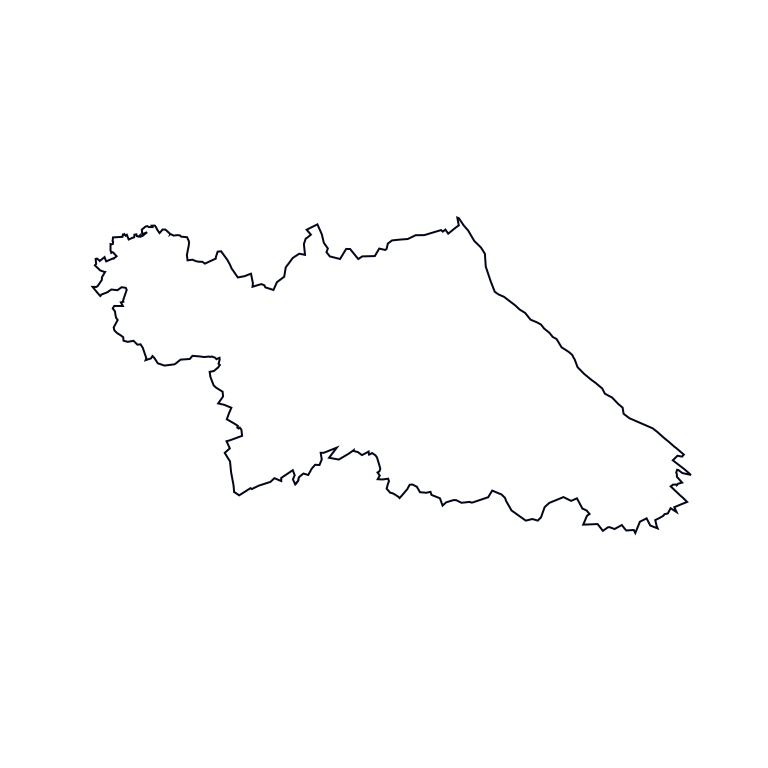 the district of Central Karoo, Western Cape, South Africa, rotated 230°
{"feature_id": "47623444B66747201173997", "entity_name": "Central Karoo", "entity_type": "district", "adm_level": 2, "iso_a3": "ZAF", "parent_name": "South Africa", "parent_adm1": "Western Cape", "projection": "equal_earth", "projection_center": [22.176, -32.556], "detail": "fine", "context": "isolated", "style": "outline", "palette": "ink", "viewbox_px": 768, "rotation_deg": 230, "n_neighbors": 0, "source": "geoboundaries", "source_scale": "gbopen_adm2", "svg_char_len": 6030}
<svg xmlns="http://www.w3.org/2000/svg" viewBox="0 0 768 768"><g transform="rotate(230 384 384)"><path d="M660.7,238.8L653.5,239.6L652.2,240.3L649.3,242.1L649.1,242.3L647.0,236.4L645.1,234.8L643.1,227.7L643.2,226.1L645.7,223.2L638.0,223.1L633.7,223.2L633.7,223.4L634.2,224.8L632.0,231.4L632.1,231.5L631.6,235.9L627.2,240.1L626.8,245.2L623.7,248.0L621.5,247.4L615.7,237.8L614.5,237.2L615.7,234.9L611.6,234.1L617.2,227.5L616.3,224.8L612.6,224.6L610.0,223.0L607.2,221.4L604.2,221.1L601.1,213.3L598.3,211.9L594.5,212.3L590.5,213.6L587.5,214.3L584.6,212.3L581.0,214.8L578.1,219.9L572.6,220.4L570.9,223.0L566.9,222.5L556.5,218.5L555.5,216.7L553.4,221.9L554.2,224.6L551.3,224.8L545.3,224.0L539.2,227.7L533.9,235.9L533.6,236.9L533.4,243.9L528.8,250.2L528.0,251.3L528.7,255.4L523.2,260.9L520.3,263.5L517.5,267.6L516.5,268.2L515.7,269.8L512.7,271.5L510.7,271.6L509.8,274.8L508.3,273.8L505.9,270.3L504.1,270.5L503.3,267.6L503.3,262.0L505.4,258.3L501.3,255.7L496.8,254.1L492.4,252.6L489.2,253.0L481.8,255.4L477.9,252.7L475.7,244.5L470.8,248.2L463.9,251.8L461.1,246.2L458.0,240.9L449.6,244.0L446.0,245.1L445.8,245.1L445.4,244.7L445.2,243.9L445.0,243.7L444.6,244.1L444.4,244.1L444.0,243.9L443.7,243.8L443.4,244.0L443.1,244.7L443.2,245.5L440.7,245.4L435.5,242.0L437.9,235.3L440.0,229.5L441.4,226.6L433.8,224.5L433.6,217.7L424.6,216.4L423.7,216.3L414.8,210.2L403.6,203.9L402.5,203.2L397.5,199.7L397.0,200.0L391.8,201.5L390.0,214.8L388.5,215.2L386.7,222.5L384.4,228.2L382.0,234.1L382.3,239.5L375.7,242.9L378.1,244.9L376.6,258.7L371.6,257.0L369.4,252.9L364.1,251.4L364.1,251.8L364.1,252.2L364.1,252.4L364.2,252.8L364.2,253.1L364.5,253.7L364.6,254.0L364.8,253.9L364.8,254.1L364.9,254.5L364.7,255.0L364.8,255.4L365.1,255.9L365.1,256.1L365.3,256.1L365.5,256.3L365.6,256.6L365.8,257.0L365.9,257.3L366.0,257.4L366.3,257.6L366.7,257.9L366.9,258.4L367.1,258.6L367.2,258.8L367.1,259.2L367.3,259.8L367.3,260.1L367.3,260.3L367.2,264.7L363.0,267.5L365.6,274.2L366.4,279.3L363.4,282.5L366.2,287.8L372.0,291.3L370.0,293.7L365.6,306.9L362.8,294.5L355.2,300.8L353.3,312.2L352.8,318.2L352.3,317.6L348.7,320.2L343.7,321.4L342.1,328.8L339.6,327.1L339.2,327.8L338.8,330.5L334.9,331.6L332.2,331.4L323.6,327.7L321.5,326.7L320.0,324.4L320.4,322.2L317.1,321.9L316.6,321.9L315.1,318.0L313.3,319.9L311.6,321.8L310.6,323.4L308.8,326.3L306.3,325.3L305.1,323.0L302.1,318.7L296.7,318.9L294.9,320.3L292.7,321.2L288.4,322.5L286.6,322.6L287.2,326.7L288.5,334.3L290.3,338.9L288.7,341.2L284.2,343.1L281.3,342.6L278.0,342.0L273.5,346.5L271.5,350.3L268.5,349.1L260.5,353.4L253.2,350.7L253.4,355.5L250.4,362.6L248.7,364.6L243.2,367.0L238.5,374.0L237.1,374.6L236.3,375.7L230.3,391.0L232.8,398.4L226.5,401.6L223.9,403.0L219.0,403.5L215.7,402.3L205.1,400.4L188.2,404.8L185.2,410.9L180.5,414.0L180.9,418.5L182.9,421.9L186.4,427.9L186.7,434.1L182.0,448.8L174.2,452.2L172.4,458.3L160.9,455.9L160.8,456.1L156.9,457.9L152.3,457.9L152.6,454.8L148.2,446.2L139.4,457.6L130.8,457.3L130.3,463.4L129.3,464.8L124.7,467.4L123.7,472.4L123.1,475.5L118.9,475.4L116.1,475.4L111.6,481.5L108.3,480.7L114.0,491.5L113.4,494.1L112.3,498.8L104.4,497.0L97.5,500.8L99.8,501.5L105.4,504.3L104.2,509.2L103.5,513.3L104.0,515.1L102.4,518.2L104.6,523.7L97.9,525.8L103.0,527.2L100.9,534.0L98.8,540.4L104.4,539.9L108.1,539.3L121.3,537.8L121.1,540.7L119.3,543.1L118.2,543.1L118.6,545.1L116.8,549.0L124.5,548.7L127.1,550.6L128.3,550.9L129.9,553.4L128.8,554.2L124.0,555.3L117.0,560.7L125.3,559.4L139.9,556.2L140.4,562.7L136.8,565.6L137.2,568.3L147.0,566.7L148.9,566.2L157.3,564.9L162.4,563.9L171.9,562.5L177.4,561.3L200.0,550.0L207.2,548.4L212.5,551.6L218.1,550.6L227.2,550.0L230.7,548.5L234.6,547.0L240.4,548.3L246.9,547.1L248.3,546.9L254.0,545.5L263.2,543.8L272.5,543.1L280.4,545.9L282.7,546.2L285.1,546.9L289.6,546.2L293.6,545.0L297.9,543.6L307.6,545.1L311.5,543.5L317.1,543.6L323.5,542.3L328.5,542.5L332.7,540.9L339.1,537.6L347.7,537.8L353.8,535.8L360.2,535.0L368.4,533.1L373.6,532.0L378.8,529.4L383.4,528.1L394.0,531.7L408.5,537.4L418.9,545.0L426.2,546.0L435.6,545.1L447.3,547.1L454.4,547.0L462.9,547.9L464.3,547.1L457.4,543.2L457.7,540.2L457.9,529.8L462.8,530.3L462.9,527.0L465.2,526.7L470.3,514.9L471.5,512.0L471.7,511.7L472.3,510.3L473.8,508.6L475.7,506.2L477.6,504.0L479.8,495.4L484.2,489.3L488.8,482.5L489.1,477.2L485.8,472.8L485.9,471.1L490.8,467.4L487.9,459.2L495.7,449.4L496.3,444.6L509.2,444.8L511.8,441.8L508.0,430.7L516.6,424.5L522.0,424.7L523.9,428.1L530.9,428.7L538.7,432.6L549.1,435.6L551.9,423.9L545.4,424.0L545.4,422.2L545.5,418.3L545.7,417.5L543.2,413.4L542.7,412.6L533.7,406.5L536.6,404.2L538.3,402.8L539.2,395.2L537.7,388.9L536.5,383.7L530.3,376.5L530.7,370.0L530.8,367.4L527.1,359.8L534.3,355.2L536.5,355.8L539.3,354.3L539.9,353.0L540.5,351.7L543.0,345.8L545.4,348.3L545.9,348.6L547.8,349.6L551.0,351.4L554.0,353.0L555.3,349.3L556.1,346.7L559.6,340.5L567.6,341.3L570.3,341.5L574.8,342.8L580.0,343.8L590.4,344.5L592.3,341.6L589.3,336.8L588.2,335.7L590.0,329.2L590.7,326.5L591.3,324.2L594.4,323.4L596.7,320.7L599.3,318.7L602.3,317.2L605.0,313.0L609.5,315.9L615.4,323.2L617.1,325.1L618.7,326.2L619.0,326.4L621.4,327.0L622.0,327.2L623.0,327.5L626.4,324.2L627.1,323.4L629.1,323.1L630.5,321.8L631.7,320.2L632.8,318.3L636.2,316.8L636.2,316.4L636.4,316.7L642.8,315.8L644.7,313.6L644.4,312.4L643.9,309.1L644.5,309.1L648.3,309.5L651.0,310.2L652.7,310.2L654.6,307.8L653.1,307.4L655.3,304.8L657.1,304.1L657.9,302.5L657.9,297.7L654.2,295.1L652.5,300.1L652.7,296.5L652.5,295.3L653.3,292.3L653.5,291.9L654.4,292.1L654.7,292.4L654.6,290.8L655.1,290.5L656.2,289.7L657.8,290.5L658.8,288.8L657.0,286.9L658.0,284.2L658.8,281.3L663.6,282.9L663.6,281.4L665.7,281.4L665.5,280.6L666.3,280.0L665.6,279.1L664.9,278.5L664.8,278.3L670.5,270.6L669.0,269.1L668.1,268.0L667.3,268.1L665.6,266.4L666.1,265.1L667.0,264.5L666.2,263.8L662.3,260.5L661.3,260.0L659.8,259.4L659.8,260.5L658.6,261.1L655.7,261.2L653.8,261.3L653.8,257.5L654.3,257.4L656.5,250.0L659.6,251.0L660.8,251.5L661.0,245.3L661.7,245.4L664.6,244.7L665.0,244.0L665.2,243.5L661.0,240.7L661.0,240.0L660.7,238.8Z" fill="none" stroke="#020617" stroke-width="2"/></g></svg>